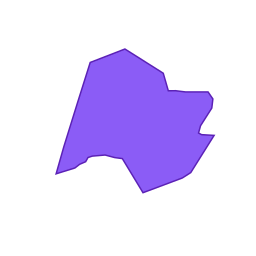 an SVG outline of Sveti Jurij, rotated 50°
{"feature_id": "SVN-1048", "entity_name": "Sveti Jurij", "entity_type": "Municipality", "adm_level": 1, "iso_a3": "SVN", "parent_name": "Slovenia", "parent_adm1": "", "projection": "albers", "projection_center": [16.036, 46.559], "detail": "fine", "context": "isolated", "style": "filled", "palette": "violet", "viewbox_px": 256, "rotation_deg": 50, "n_neighbors": 0, "source": "natural_earth", "source_scale": "10m", "svg_char_len": 489}
<svg xmlns="http://www.w3.org/2000/svg" viewBox="0 0 256 256"><g transform="rotate(50 128 128)"><path d="M65.5,79.6L108.7,65.8L125.4,73.2L130.0,67.6L137.2,60.9L151.8,43.5L160.3,44.3L166.6,51.0L172.9,71.0L177.2,77.2L180.4,75.9L189.0,66.8L202.5,108.6L201.2,118.5L187.2,158.1L147.8,152.0L142.1,157.2L134.0,162.9L126.6,173.4L124.9,177.6L126.6,182.1L124.7,188.5L124.5,194.3L116.9,212.5L101.1,189.2L75.6,149.5L53.5,114.8L65.5,79.6Z" fill="#8b5cf6" stroke="#5b21b6" stroke-width="1.5"/></g></svg>